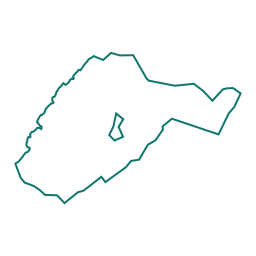 Alleghany, Virginia, United States of America
{"feature_id": "52423323B98593470147250", "entity_name": "Alleghany", "entity_type": "district", "adm_level": 2, "iso_a3": "USA", "parent_name": "United States of America", "parent_adm1": "Virginia", "projection": "mercator", "projection_center": [-80.111, 37.778], "detail": "fine", "context": "isolated", "style": "outline", "palette": "teal", "viewbox_px": 256, "rotation_deg": 0, "n_neighbors": 0, "source": "geoboundaries", "source_scale": "gbopen_adm2", "svg_char_len": 1589}
<svg xmlns="http://www.w3.org/2000/svg" viewBox="0 0 256 256"><path d="M105.4,182.1L126.0,167.1L131.1,160.9L139.0,159.7L147.9,144.7L155.5,140.3L162.9,129.6L162.6,126.4L171.9,118.7L218.5,134.4L228.8,113.3L234.4,106.8L240.6,93.4L233.1,88.1L227.2,88.3L222.9,89.3L212.4,100.7L203.2,90.9L193.8,83.8L174.8,85.7L148.9,80.7L146.6,78.6L133.2,55.2L119.9,55.4L111.1,52.9L103.1,60.0L93.7,56.1L93.5,56.3L91.3,57.9L90.3,58.2L87.7,60.3L87.4,61.3L85.7,63.0L83.7,65.5L80.5,70.3L78.5,69.9L77.2,71.7L73.9,75.1L73.2,76.3L73.2,76.9L73.7,77.5L73.6,78.7L72.7,79.1L71.9,78.6L71.7,78.6L69.8,80.2L69.5,80.6L69.3,81.6L69.0,82.1L65.7,84.9L64.4,84.2L64.0,83.6L63.4,83.2L61.8,85.3L59.1,88.0L56.9,91.4L55.9,93.4L55.9,94.3L54.4,96.8L52.7,97.3L52.3,98.2L52.1,99.8L53.5,102.7L52.7,103.3L51.2,103.5L48.5,106.0L46.9,107.7L45.8,109.1L44.8,111.3L44.6,112.5L43.2,113.9L41.5,115.1L41.2,115.2L40.7,115.1L37.9,119.6L37.2,121.3L37.1,122.3L37.6,122.5L40.2,126.1L40.7,126.0L41.6,126.6L41.6,128.4L41.4,128.8L41.2,129.0L41.0,128.7L39.6,128.1L37.8,127.8L36.8,128.1L36.3,129.2L33.2,131.7L31.4,132.2L30.0,134.4L30.3,135.1L30.5,136.8L29.9,137.3L28.3,137.1L28.0,137.3L26.3,144.6L27.1,146.6L29.8,148.1L29.7,149.2L29.4,149.7L27.8,151.9L25.7,152.7L23.2,155.7L22.3,157.2L18.3,161.9L16.0,163.0L15.4,163.8L16.6,167.0L20.8,178.1L23.8,181.5L24.7,182.7L24.8,182.7L25.6,182.9L26.1,183.1L29.0,184.2L33.9,186.1L39.9,190.2L45.1,194.9L57.1,195.3L64.5,203.1L77.8,192.3L83.5,190.7L101.4,176.8L105.4,182.1ZM109.2,135.0L113.4,126.5L116.2,113.5L123.2,119.2L118.6,126.9L123.0,136.8L114.5,140.5L109.2,135.0Z" fill="none" stroke="#0f766e" stroke-width="2"/></svg>